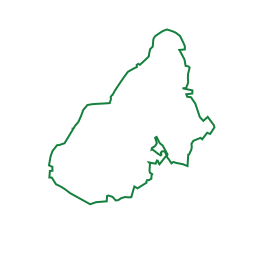 the district of Al Qurashi, Gezira, Sudan, rotated 58°
{"feature_id": "16777658B73110650377423", "entity_name": "Al Qurashi", "entity_type": "district", "adm_level": 2, "iso_a3": "SDN", "parent_name": "Sudan", "parent_adm1": "Gezira", "projection": "mercator", "projection_center": [32.662, 14.291], "detail": "fine", "context": "isolated", "style": "outline", "palette": "green", "viewbox_px": 256, "rotation_deg": 58, "n_neighbors": 0, "source": "geoboundaries", "source_scale": "gbopen_adm2", "svg_char_len": 2124}
<svg xmlns="http://www.w3.org/2000/svg" viewBox="0 0 256 256"><g transform="rotate(58 128 128)"><path d="M137.5,218.9L142.1,216.0L146.7,213.8L152.4,211.7L172.6,200.5L174.0,194.4L178.9,184.9L174.6,181.8L174.9,180.4L178.2,177.6L182.9,176.8L184.0,174.6L183.9,170.9L185.0,167.0L187.0,164.5L188.4,161.9L181.0,153.6L184.2,151.9L184.2,141.3L183.0,140.6L182.3,139.3L183.3,138.1L183.4,135.1L180.7,133.2L179.9,131.9L177.6,133.1L175.3,132.2L171.2,129.2L170.0,128.2L168.4,128.4L172.9,123.5L170.9,120.6L171.4,120.1L171.5,120.1L171.8,120.2L172.3,120.3L173.7,120.5L174.6,120.7L175.0,120.7L175.5,120.6L171.6,109.8L170.8,109.6L167.2,109.3L165.9,111.4L166.1,111.8L166.1,112.1L166.1,112.3L166.2,113.0L167.1,113.5L168.1,113.7L168.5,114.0L168.5,114.9L165.3,116.4L161.5,117.7L160.0,118.4L159.8,118.5L159.1,118.5L158.9,119.5L157.6,118.2L157.7,114.7L156.2,111.6L150.6,110.1L150.7,108.5L156.1,109.0L158.1,109.0L161.2,107.9L171.4,108.5L172.3,110.0L173.9,110.3L176.3,110.0L181.0,109.9L180.8,107.6L183.4,105.4L187.6,100.8L191.8,97.7L182.5,91.0L182.7,90.1L180.1,86.0L178.1,84.1L175.0,82.5L173.5,79.3L174.8,71.7L176.9,71.1L174.0,63.4L176.6,61.5L173.3,54.4L171.4,53.7L160.8,54.5L161.9,60.3L156.8,61.3L143.0,58.0L135.3,58.3L132.9,61.2L130.3,60.7L132.8,55.2L130.3,53.4L123.2,60.7L124.9,57.6L121.5,53.0L117.3,50.7L114.4,48.7L113.8,48.2L109.4,43.7L107.6,44.3L105.8,46.2L103.3,45.2L99.8,43.8L91.7,43.2L91.8,43.1L91.7,43.2L89.0,43.1L91.5,38.2L88.7,36.4L87.9,36.3L85.3,35.9L77.5,35.1L73.2,36.7L71.9,37.4L71.1,37.9L68.3,40.0L65.1,42.8L64.2,47.1L64.3,52.0L64.5,56.2L65.6,58.8L67.0,60.1L72.1,63.9L72.9,67.5L75.8,70.3L78.4,72.6L79.6,78.5L80.7,84.4L79.1,85.3L79.1,87.2L81.0,88.2L80.6,91.2L80.3,98.1L80.5,98.9L82.7,104.4L84.7,109.0L87.8,115.9L89.2,119.0L91.8,123.6L91.7,124.5L92.6,126.3L94.3,127.0L97.2,130.3L94.7,135.0L92.8,138.4L90.6,142.4L89.6,144.3L88.8,145.8L87.0,150.3L89.0,156.4L92.9,161.4L96.6,166.9L98.0,171.5L99.6,174.7L99.2,175.3L100.2,175.8L107.3,189.9L106.0,195.4L105.0,197.3L107.5,204.2L110.8,208.4L111.6,209.2L117.8,214.8L120.9,212.7L124.2,214.7L123.0,217.0L128.3,220.9L129.7,218.9L137.5,218.9Z" fill="none" stroke="#15803d" stroke-width="2"/></g></svg>